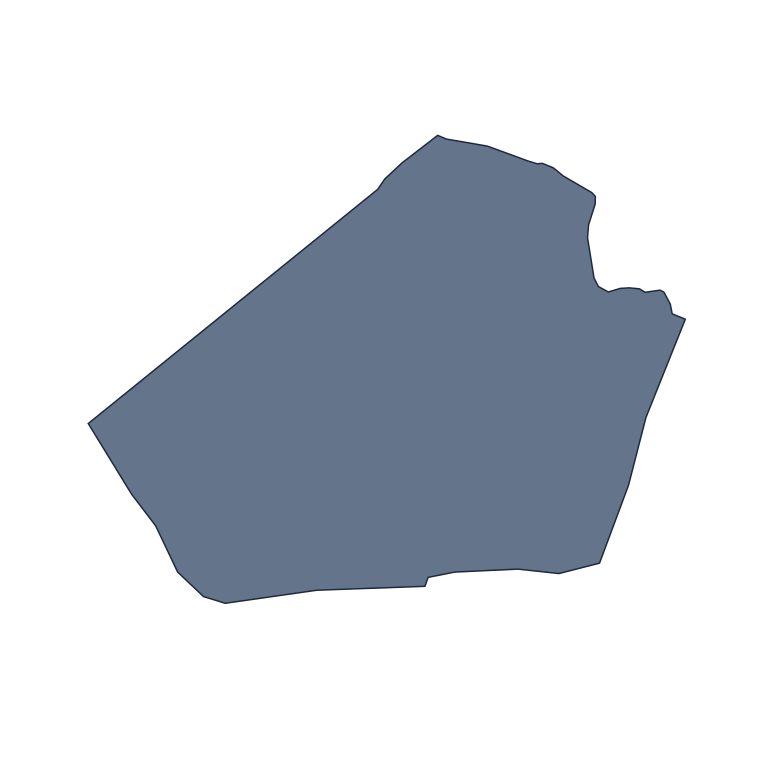 outline of Ali Sabeh, Ali Sabieh, Djibouti, rotated 200°
{"feature_id": "41766387B65421474667097", "entity_name": "Ali Sabeh", "entity_type": "district", "adm_level": 2, "iso_a3": "DJI", "parent_name": "Djibouti", "parent_adm1": "Ali Sabieh", "projection": "orthographic", "projection_center": [42.832, 11.234], "detail": "fine", "context": "isolated", "style": "filled", "palette": "slate", "viewbox_px": 768, "rotation_deg": 200, "n_neighbors": 0, "source": "geoboundaries", "source_scale": "gbopen_adm2", "svg_char_len": 723}
<svg xmlns="http://www.w3.org/2000/svg" viewBox="0 0 768 768"><g transform="rotate(200 384 384)"><path d="M276.3,207.9L276.4,217.4L253.1,231.5L195.0,255.8L154.8,265.7L120.2,289.4L119.6,372.5L126.4,442.2L123.0,547.9L137.2,548.5L142.3,557.0L152.3,566.0L156.7,566.6L170.0,559.5L176.5,560.8L186.5,558.2L194.6,554.7L204.7,547.2L215.8,548.9L222.8,555.3L223.2,556.0L242.8,591.1L246.2,603.6L247.1,625.3L249.5,632.5L254.1,634.9L286.8,640.8L293.0,643.0L298.7,645.0L310.7,645.5L315.4,643.3L325.3,642.8L368.1,642.9L409.2,635.5L418.6,636.0L442.6,598.1L453.3,577.1L456.6,564.6L648.4,245.7L583.2,193.9L550.0,172.6L513.6,136.7L480.9,122.5L458.3,123.6L376.9,167.1L276.3,207.9Z" fill="#64748b" stroke="#1e293b" stroke-width="1.5"/></g></svg>